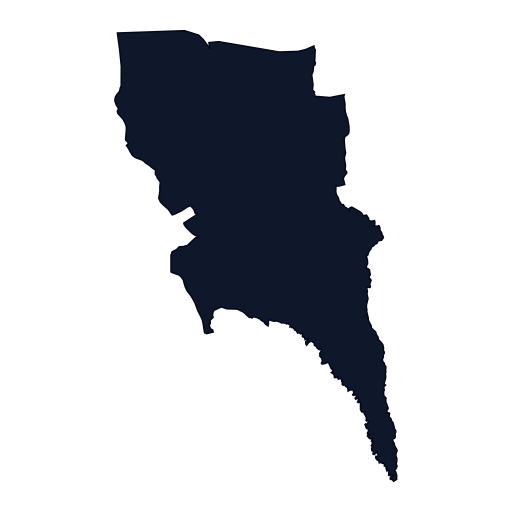 Villa Guerrero, México, Mexico (Albers equal-area conic projection)
{"feature_id": "50627088B69956454145836", "entity_name": "Villa Guerrero", "entity_type": "district", "adm_level": 2, "iso_a3": "MEX", "parent_name": "Mexico", "parent_adm1": "México", "projection": "albers", "projection_center": [-99.664, 18.941], "detail": "fine", "context": "isolated", "style": "filled", "palette": "ink", "viewbox_px": 512, "rotation_deg": 0, "n_neighbors": 0, "source": "geoboundaries", "source_scale": "gbopen_adm2", "svg_char_len": 6093}
<svg xmlns="http://www.w3.org/2000/svg" viewBox="0 0 512 512"><path d="M203.1,323.3L204.5,332.6L206.5,333.7L213.2,332.0L212.6,329.9L211.9,330.3L210.1,327.9L209.1,325.0L209.3,324.3L209.9,324.2L209.9,323.6L210.3,323.2L210.0,320.4L213.1,317.3L212.5,315.2L213.0,312.1L214.0,310.3L221.4,306.9L226.8,308.8L237.3,309.1L243.5,312.1L248.8,317.0L249.8,317.5L250.7,317.1L251.9,318.0L252.8,317.0L253.7,317.0L254.1,316.6L255.1,317.1L255.6,316.7L256.0,317.4L257.8,317.7L258.4,318.5L259.6,318.2L260.4,319.6L263.6,321.8L264.9,322.1L264.6,323.0L265.8,324.4L268.0,325.9L268.4,324.3L268.4,321.4L269.0,319.8L273.7,321.2L276.5,321.0L280.3,322.1L281.4,322.9L284.8,322.9L286.9,324.0L288.0,322.9L289.1,324.5L290.5,325.0L289.9,326.9L291.6,326.6L291.6,327.5L293.2,327.3L293.4,328.3L294.4,328.3L294.4,329.8L296.4,330.8L297.6,333.1L299.5,332.6L300.5,333.9L302.0,333.7L303.0,334.4L302.3,336.2L302.9,337.0L304.7,337.4L305.0,339.6L308.3,338.5L308.3,339.9L305.8,341.5L305.8,343.9L306.7,345.2L308.6,342.6L311.1,341.1L314.3,343.1L314.3,345.3L316.4,346.4L317.1,348.1L319.3,349.7L320.8,348.8L321.4,349.8L320.8,351.7L319.8,353.3L319.9,356.3L321.8,358.2L322.4,361.4L321.4,363.2L322.2,364.1L324.8,363.6L327.3,362.5L328.8,363.1L331.3,368.8L332.6,369.6L332.8,371.8L331.4,372.6L334.0,374.4L334.5,377.6L337.7,377.5L338.4,379.2L340.7,378.4L341.8,380.0L341.6,381.3L342.5,382.7L342.2,384.3L343.1,385.2L344.5,384.9L346.2,386.8L347.7,387.4L348.1,391.1L349.8,390.1L353.0,389.7L354.0,393.5L352.7,394.4L353.0,395.2L356.4,395.1L356.8,396.2L355.1,398.1L355.7,399.2L358.3,398.0L358.5,399.7L357.5,402.0L358.3,402.6L360.5,402.1L360.5,409.5L361.7,411.9L363.7,412.1L364.4,413.9L366.3,417.2L366.4,419.5L366.0,420.3L366.6,421.0L367.7,420.7L368.6,421.4L367.1,424.2L365.6,423.9L365.0,424.6L366.5,428.3L368.6,429.4L368.5,431.2L367.4,433.1L367.8,434.2L369.1,434.6L367.9,435.2L367.4,436.0L369.6,438.6L371.1,438.9L372.3,438.4L372.7,438.9L371.5,441.1L372.7,441.4L372.2,442.9L372.7,443.6L371.3,445.6L372.2,446.7L371.6,449.0L371.9,450.7L373.7,451.3L373.1,453.1L373.1,454.3L374.2,454.5L376.1,452.9L376.5,451.6L377.2,452.3L378.3,455.9L377.2,456.4L376.0,456.2L375.6,457.4L376.2,458.8L377.4,460.1L378.8,460.6L379.3,462.9L380.8,462.4L382.5,463.4L383.9,463.3L384.5,464.2L384.3,465.9L386.6,466.9L386.7,467.3L386.0,468.0L387.0,471.0L388.0,470.0L388.9,471.0L388.6,475.2L393.3,475.1L392.7,476.3L390.5,476.9L390.2,478.0L390.4,479.3L392.3,479.6L393.6,481.3L396.7,479.3L396.5,477.7L396.8,476.4L396.6,474.9L395.7,471.9L394.8,471.1L394.7,470.4L396.2,468.5L397.0,466.2L396.9,465.4L396.0,464.2L396.6,462.4L396.9,458.5L396.0,456.2L395.9,453.7L397.1,450.7L396.6,449.2L394.7,446.0L394.1,443.1L393.2,441.9L392.3,439.2L394.5,438.3L395.2,437.1L395.0,433.8L395.8,431.9L395.6,430.2L394.2,428.9L394.2,427.1L393.0,422.7L391.4,420.7L390.9,418.6L389.0,416.7L389.0,416.0L389.6,413.8L389.5,413.3L388.9,412.9L387.5,412.7L386.7,411.0L386.6,410.6L387.9,409.1L388.1,408.1L385.8,401.7L385.7,399.7L386.1,398.2L384.0,395.8L383.6,394.6L383.6,391.5L384.3,390.0L383.7,387.5L383.9,386.7L385.5,385.1L384.2,383.8L384.2,383.1L385.6,378.2L385.7,375.7L385.3,374.0L385.8,372.3L385.6,369.4L385.9,367.3L385.8,366.5L384.6,364.9L384.2,363.1L382.8,361.6L382.3,359.5L383.4,357.0L383.1,355.2L384.3,353.1L384.2,352.0L383.4,350.3L383.5,347.6L382.9,344.9L381.8,343.2L378.3,339.4L377.9,336.7L376.4,334.8L375.5,331.6L374.1,330.7L371.4,328.0L371.1,325.7L368.4,320.4L368.1,317.4L366.7,311.5L366.9,309.3L366.4,308.1L366.5,304.7L368.0,298.6L366.9,293.7L367.4,291.4L366.9,289.3L366.9,288.0L367.6,287.2L368.2,287.1L369.4,287.6L370.1,287.3L370.4,286.6L369.7,284.3L371.1,280.2L370.3,279.0L369.0,278.3L369.2,276.7L370.3,274.7L369.4,269.9L368.2,268.8L366.6,268.2L366.3,267.5L366.7,265.3L367.6,263.6L367.4,260.0L366.4,256.1L368.1,254.7L368.1,253.3L368.6,252.8L368.9,251.4L370.6,249.4L371.7,246.8L373.2,246.1L374.4,245.0L374.8,244.0L376.3,243.8L377.1,243.1L377.9,241.2L378.6,240.7L381.5,240.3L383.4,237.7L382.7,235.5L381.9,234.6L381.9,233.3L379.8,229.8L380.0,228.4L379.2,225.9L378.5,225.7L378.4,226.3L378.0,226.3L374.1,225.8L374.7,224.6L374.9,222.4L374.5,220.6L372.0,221.1L369.7,221.1L368.6,219.8L368.7,218.6L366.5,215.1L363.6,215.6L362.6,214.9L361.9,213.5L360.8,212.3L352.1,207.2L351.3,207.6L351.3,207.3L350.1,207.7L349.2,208.6L348.9,210.5L348.2,209.1L347.8,209.1L346.4,207.8L345.3,207.6L343.3,204.6L341.5,204.5L339.0,200.6L338.3,197.8L336.6,195.1L335.8,192.3L335.9,186.2L339.6,185.9L344.7,184.5L343.3,178.9L343.6,177.4L344.9,175.3L346.8,173.0L346.6,171.7L345.1,170.1L345.5,165.3L344.4,158.6L344.5,157.1L345.6,152.9L344.8,148.5L344.2,139.8L344.7,136.8L347.7,134.5L348.5,133.5L349.0,131.1L348.9,126.3L347.6,118.8L347.1,117.2L346.2,115.7L346.1,114.3L345.3,112.1L344.9,107.3L345.0,104.2L343.9,97.8L343.8,96.1L344.3,94.7L329.9,97.5L314.8,96.3L314.8,94.9L314.1,93.5L314.5,92.0L312.4,90.0L313.0,84.8L311.7,74.8L313.0,71.5L313.6,65.7L315.0,64.9L315.4,62.8L315.0,61.7L314.2,61.3L314.8,59.8L315.2,49.7L314.3,48.3L313.9,46.0L305.5,49.6L298.0,51.4L279.2,52.0L218.8,41.7L208.9,42.6L210.0,48.8L203.0,39.3L198.6,35.1L184.6,30.7L117.4,33.0L119.7,50.2L121.3,66.2L121.2,85.9L120.3,87.8L119.6,91.2L116.5,95.1L115.5,96.8L115.1,98.3L114.9,100.9L116.2,104.9L118.4,108.3L118.5,108.8L117.3,111.4L117.9,113.4L123.0,119.1L124.9,122.6L126.3,126.4L126.4,129.8L125.6,139.0L125.8,140.2L128.7,143.1L126.4,145.6L127.8,147.3L131.9,154.6L133.1,155.9L135.3,157.5L141.5,159.8L143.4,160.8L145.6,163.0L150.0,165.8L150.9,166.8L154.2,169.3L155.6,170.0L155.3,174.0L156.8,176.4L157.2,177.8L159.9,181.5L160.3,182.5L159.8,187.4L159.9,191.0L158.8,198.2L159.3,199.5L160.4,201.8L162.7,204.3L168.5,209.5L172.2,214.9L175.1,213.9L181.5,210.8L187.5,206.8L189.6,205.9L190.8,206.0L192.9,208.2L194.2,210.2L195.1,213.1L196.1,213.8L197.6,214.1L183.8,223.1L184.3,224.8L185.9,227.1L192.0,233.2L194.6,235.0L198.5,236.8L198.4,237.4L197.8,237.7L195.7,237.7L195.0,238.2L187.1,245.7L185.1,245.9L184.7,246.4L179.2,246.8L176.5,249.7L173.2,251.2L171.8,252.3L171.7,253.8L171.0,254.7L171.0,271.9L172.7,272.8L178.8,274.9L180.7,276.3L183.2,279.6L185.2,286.7L187.1,290.8L190.7,295.4L193.0,299.2L195.3,303.6L197.6,310.0L202.1,319.1L203.1,323.3Z" fill="#0f172a" stroke="#020617" stroke-width="1.5"/></svg>